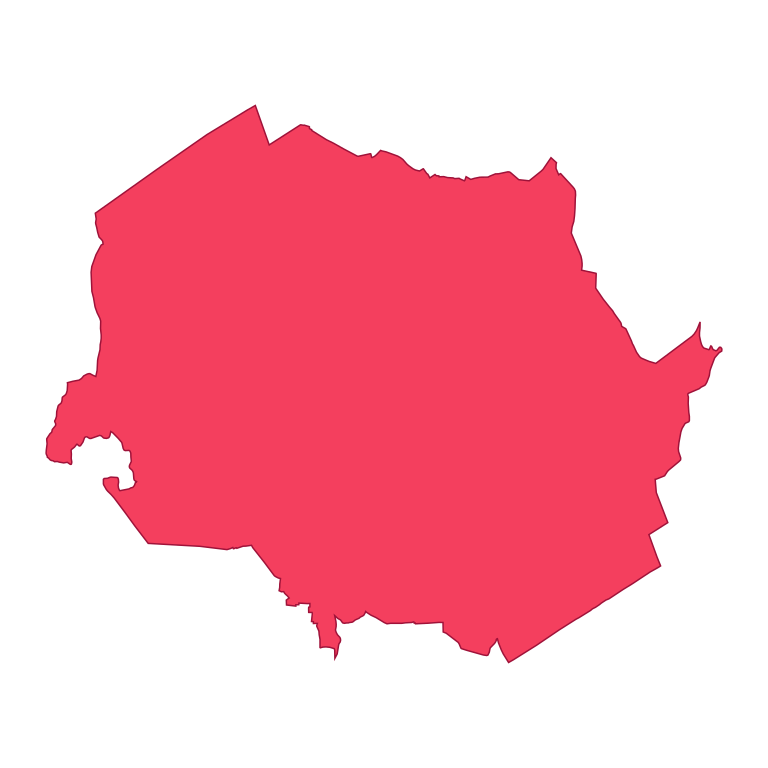 outline of Uthai, Phra Nakhon Si Ayutthaya, Thailand
{"feature_id": "78962969B29377906715784", "entity_name": "Uthai", "entity_type": "district", "adm_level": 2, "iso_a3": "THA", "parent_name": "Thailand", "parent_adm1": "Phra Nakhon Si Ayutthaya", "projection": "equal_earth", "projection_center": [100.697, 14.357], "detail": "fine", "context": "isolated", "style": "filled", "palette": "rose", "viewbox_px": 768, "rotation_deg": 0, "n_neighbors": 0, "source": "geoboundaries", "source_scale": "gbopen_adm2", "svg_char_len": 6005}
<svg xmlns="http://www.w3.org/2000/svg" viewBox="0 0 768 768"><path d="M334.9,658.3L337.2,653.9L338.6,645.2L339.0,643.7L340.2,642.0L340.6,640.2L340.4,638.6L339.9,637.4L337.5,634.8L336.4,632.8L335.7,631.0L335.5,629.8L336.1,626.7L336.2,624.4L335.9,621.3L334.7,615.6L338.0,618.6L340.5,619.9L342.2,622.3L342.9,623.0L344.7,623.3L345.9,623.0L348.4,622.9L349.6,622.5L352.1,622.2L353.1,621.7L355.3,619.9L359.0,618.3L360.3,617.1L362.8,615.9L363.8,615.2L365.2,612.8L365.7,611.5L366.4,612.2L371.0,615.2L376.1,617.6L384.3,622.6L387.0,623.8L390.7,623.3L401.8,623.3L405.7,622.8L411.4,622.5L413.7,621.9L414.0,622.1L414.2,623.1L415.3,623.1L415.5,623.8L428.1,623.2L439.1,622.4L443.0,622.5L443.2,632.0L446.2,633.2L458.2,642.4L459.1,643.8L460.9,648.1L461.4,648.6L466.7,650.3L483.4,655.0L486.8,655.5L487.9,655.1L489.3,652.2L490.0,648.5L490.5,647.6L494.5,643.5L495.6,641.9L496.2,640.6L496.3,639.4L496.8,638.9L497.4,638.7L498.5,642.9L501.3,649.9L503.3,654.0L508.6,662.5L513.5,659.7L536.6,645.2L559.5,629.7L576.2,619.1L578.9,617.7L590.5,610.5L592.5,608.8L595.5,607.3L599.5,604.6L601.3,603.1L605.8,600.1L609.0,598.8L623.2,589.4L632.6,583.6L650.1,572.0L658.8,567.1L660.6,565.9L657.0,557.0L648.9,534.6L667.8,522.6L656.3,492.6L655.2,479.3L656.1,479.2L664.6,475.8L667.4,471.5L668.7,470.1L678.8,461.7L680.5,460.0L680.7,459.1L680.7,457.9L678.6,451.6L678.3,448.4L678.9,442.8L680.9,431.9L682.1,428.4L685.0,423.6L685.7,423.1L688.7,421.8L689.1,421.2L689.4,420.4L689.4,416.5L688.8,412.4L688.2,403.4L688.4,397.0L687.8,394.9L687.9,393.9L688.4,393.3L699.2,388.7L701.2,387.1L704.8,385.3L705.4,384.7L706.8,382.3L708.8,377.1L709.3,375.6L710.0,370.8L710.8,368.2L714.4,358.6L714.8,357.7L719.1,352.7L721.7,351.1L721.9,349.6L721.7,348.5L720.7,347.3L719.4,347.3L716.9,350.4L715.9,350.8L713.2,349.6L712.5,348.5L711.6,346.4L710.9,345.9L710.6,346.3L709.3,349.4L708.9,349.7L704.3,348.2L703.7,347.9L702.5,346.5L701.6,344.7L700.7,341.7L699.5,336.1L699.5,332.6L700.0,328.0L700.1,321.9L697.8,327.7L696.5,330.5L694.2,334.0L692.0,336.3L655.8,363.4L649.4,361.5L645.9,360.1L641.3,358.1L639.5,356.6L636.5,352.2L633.4,345.4L632.4,343.7L631.5,341.1L625.9,328.9L625.4,328.5L621.7,326.4L621.0,323.2L620.4,322.1L614.3,313.6L612.6,310.7L609.4,307.0L603.3,299.3L595.7,288.2L596.2,273.7L596.0,273.3L581.6,270.2L582.1,266.0L582.1,263.4L581.7,259.6L580.9,256.0L571.3,233.1L572.1,227.0L573.8,221.4L574.5,215.9L575.0,208.8L575.3,198.4L575.6,195.1L575.4,191.2L574.4,188.9L573.2,187.3L560.7,173.7L560.3,173.6L558.7,174.8L556.0,168.5L556.1,164.3L556.5,162.7L551.0,157.7L543.0,169.4L541.1,171.2L529.2,180.8L518.8,179.7L510.3,172.4L509.1,171.9L507.5,171.9L498.5,173.8L495.4,173.9L489.9,176.1L488.1,177.1L480.0,177.2L474.5,178.3L470.8,179.4L466.1,176.7L464.8,180.4L464.4,180.8L460.4,179.1L459.1,178.3L454.7,178.6L453.1,177.9L447.6,177.6L443.7,176.6L439.1,176.8L438.9,175.9L436.3,175.7L435.0,174.5L429.8,177.9L427.9,174.3L426.7,173.5L423.4,168.8L423.1,168.8L419.5,171.0L415.4,170.0L413.0,168.8L408.6,165.6L406.8,164.0L402.9,159.5L400.5,157.7L397.7,156.1L385.9,151.8L381.8,150.9L380.6,150.4L376.5,154.7L374.5,156.4L372.0,157.6L371.6,157.2L370.8,153.9L370.4,153.7L358.2,156.3L357.2,156.1L343.8,149.0L333.5,143.2L326.4,139.7L311.9,130.6L311.7,130.4L311.7,129.7L309.5,128.6L309.4,126.8L309.2,126.6L304.1,125.1L303.5,125.3L301.4,124.9L300.6,124.8L300.2,125.0L269.2,144.9L255.3,105.5L247.7,109.8L207.1,134.5L156.8,169.5L95.3,213.2L96.2,219.0L95.6,222.6L95.7,223.7L96.7,227.5L97.7,232.4L99.1,237.1L101.7,239.8L102.6,241.1L102.8,241.9L103.1,244.1L102.9,244.4L102.2,244.5L101.3,245.0L100.9,245.6L96.0,254.7L91.8,266.5L91.1,272.3L91.9,291.4L93.5,297.7L95.0,306.5L95.4,307.9L97.2,312.9L99.9,318.4L100.7,321.1L100.5,328.5L101.2,334.9L101.2,338.3L100.8,341.7L100.2,344.6L100.0,349.7L98.0,358.0L97.6,360.5L97.1,370.3L95.8,376.5L93.0,375.3L89.9,373.6L88.5,373.7L87.1,374.1L83.7,375.9L81.5,378.5L79.1,380.1L72.7,381.3L67.4,382.7L67.6,384.3L67.2,390.6L66.3,393.5L65.6,394.7L62.5,397.1L62.2,397.9L62.0,400.6L61.4,402.6L60.8,403.4L58.7,405.1L58.1,406.0L56.7,411.6L56.5,416.4L55.6,419.2L54.7,420.9L54.7,421.5L55.7,423.8L55.6,425.5L52.3,429.5L51.7,432.2L50.0,433.7L46.8,438.6L46.7,439.7L47.1,443.8L46.3,450.0L46.1,453.1L46.3,454.2L47.2,456.1L47.4,457.4L48.3,457.8L50.2,459.9L51.4,460.5L53.2,460.8L54.5,461.7L57.3,461.5L59.2,462.1L63.7,462.9L67.3,462.3L70.2,464.3L70.9,464.4L71.2,464.3L71.5,463.8L71.8,462.1L71.2,458.4L71.4,454.0L71.1,450.8L71.2,450.0L71.5,449.5L74.5,447.1L76.8,444.2L77.3,444.3L78.5,445.5L79.3,446.0L80.5,445.7L83.0,442.0L84.5,437.8L84.9,437.3L85.9,436.8L86.9,436.8L89.5,438.4L90.9,438.5L99.7,435.4L101.4,435.9L103.4,437.8L104.0,438.1L106.5,438.4L108.6,437.8L109.3,436.9L109.9,435.4L110.8,431.5L112.7,432.7L118.1,438.2L121.6,442.3L122.0,443.3L123.2,448.5L124.0,450.0L125.2,450.6L128.9,450.4L129.4,450.6L130.1,451.3L130.8,453.2L130.9,457.0L131.3,461.1L131.2,461.7L129.5,465.3L129.3,466.9L129.8,468.1L132.1,470.2L133.0,471.7L133.4,473.1L133.8,478.4L134.0,479.4L134.3,480.1L134.9,480.7L136.6,481.6L136.2,482.3L135.5,482.4L134.4,485.5L132.7,487.5L131.0,487.8L129.0,488.9L119.9,490.7L119.4,490.2L118.5,488.1L118.1,485.1L118.6,482.2L118.4,479.5L118.0,478.1L117.2,477.5L111.1,477.1L110.2,477.2L107.5,478.3L104.2,478.5L103.4,479.3L103.4,483.9L103.7,484.9L106.3,489.5L107.7,491.2L111.0,494.4L114.1,497.9L125.5,513.1L134.8,525.9L148.2,543.4L199.9,546.3L227.0,549.6L230.4,548.6L232.8,547.5L233.4,548.7L233.9,548.7L236.1,547.7L236.4,547.8L236.8,548.3L243.1,546.2L245.9,546.1L251.5,545.3L252.8,547.7L264.3,562.3L274.3,575.7L275.4,576.5L278.3,578.0L280.5,578.5L279.8,584.0L279.7,587.4L279.1,590.7L281.4,591.8L283.7,591.6L284.5,593.1L285.7,594.4L287.4,595.9L289.1,598.0L286.3,600.1L286.5,605.0L295.8,606.1L295.8,604.8L298.8,604.7L298.9,603.1L307.5,603.6L309.9,603.5L309.9,606.9L308.7,607.2L308.6,608.7L308.7,612.4L312.1,612.5L312.3,613.7L311.5,621.5L313.4,621.7L313.4,623.5L317.4,623.4L316.7,625.8L316.8,626.4L318.9,631.1L319.2,634.8L320.0,639.3L320.0,647.5L320.3,647.8L322.8,647.1L325.9,646.9L329.8,647.3L334.2,648.6L334.7,650.0L334.9,658.3Z" fill="#f43f5e" stroke="#9f1239" stroke-width="1.5"/></svg>